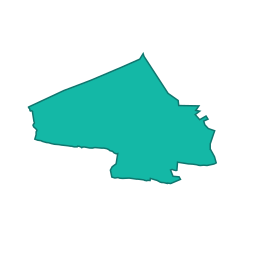 Monroe, West Virginia, United States of America (Equal Earth projection), rotated 39°
{"feature_id": "52423323B57461301326035", "entity_name": "Monroe", "entity_type": "district", "adm_level": 2, "iso_a3": "USA", "parent_name": "United States of America", "parent_adm1": "West Virginia", "projection": "equal_earth", "projection_center": [-80.514, 37.552], "detail": "fine", "context": "isolated", "style": "filled", "palette": "teal", "viewbox_px": 256, "rotation_deg": 39, "n_neighbors": 0, "source": "geoboundaries", "source_scale": "gbopen_adm2", "svg_char_len": 1797}
<svg xmlns="http://www.w3.org/2000/svg" viewBox="0 0 256 256"><g transform="rotate(39 128 128)"><path d="M218.5,99.6L213.3,95.9L209.0,94.1L208.9,94.1L206.4,93.1L206.0,92.9L206.0,93.0L205.3,92.8L205.3,92.7L204.4,91.7L201.9,88.6L198.2,78.7L197.1,75.6L190.8,77.9L185.7,77.2L182.5,75.0L184.6,70.8L181.1,69.6L178.5,76.4L171.8,75.3L173.1,69.8L169.6,71.7L169.2,66.2L153.3,78.6L149.7,75.1L137.4,75.9L95.4,62.3L93.0,60.7L93.8,67.1L83.4,87.4L82.3,89.4L68.9,114.6L54.6,139.2L37.5,174.3L38.0,174.8L39.1,174.8L39.8,175.2L41.0,176.2L41.6,176.1L42.3,175.2L43.5,175.3L43.8,175.8L50.8,182.1L51.7,182.6L52.3,183.4L52.1,184.4L52.4,185.6L54.0,186.5L54.5,186.5L56.9,186.6L58.6,187.0L58.9,187.6L58.9,188.4L59.2,189.0L60.7,190.9L60.8,191.0L62.6,195.3L65.5,194.3L68.7,192.4L69.6,192.4L71.7,191.5L73.6,190.7L75.8,189.3L78.1,188.4L81.1,186.9L84.9,184.3L86.9,183.2L92.5,179.6L94.8,178.3L95.7,177.6L97.9,176.6L100.4,174.6L100.3,174.2L100.3,173.9L101.2,173.2L101.7,172.9L103.5,172.4L104.5,172.4L104.7,171.4L106.2,170.1L110.9,167.6L113.4,165.6L113.7,164.9L115.0,163.7L120.5,160.0L121.9,158.8L124.6,157.4L126.6,156.9L128.0,157.0L129.8,156.3L130.1,156.0L131.3,155.9L132.7,156.1L135.0,155.5L135.5,155.1L136.1,154.3L141.3,163.3L140.1,168.1L140.8,171.8L146.3,176.3L147.1,176.0L149.3,175.1L151.4,172.8L153.1,172.2L155.5,170.6L160.4,166.2L166.9,162.3L167.7,161.6L172.7,158.5L173.9,158.2L175.7,157.2L176.4,156.2L178.2,154.9L177.1,153.1L183.7,150.4L187.0,149.8L188.4,149.2L190.2,147.9L191.9,147.1L193.4,146.4L193.3,146.0L196.1,144.3L201.1,134.9L198.4,133.8L193.4,137.2L187.5,133.9L188.3,132.5L189.2,132.1L190.0,131.9L192.0,130.9L192.6,130.1L188.0,123.4L197.5,117.9L201.0,115.4L204.5,113.3L206.4,112.5L207.7,111.7L210.3,109.2L213.0,107.4L217.0,102.5L217.8,101.3L218.5,99.6Z" fill="#14b8a6" stroke="#0f766e" stroke-width="1.5"/></g></svg>